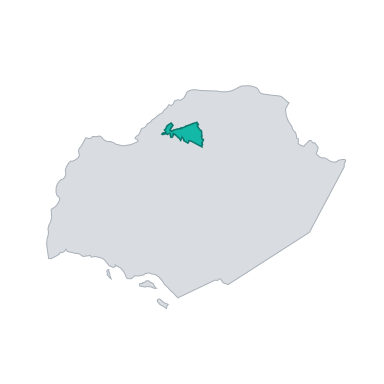 Songwe, Mbeya, United Republic of Tanzania (highlighted), rotated 118°
{"feature_id": "72390352B69788666323478", "entity_name": "Songwe", "entity_type": "district", "adm_level": 2, "iso_a3": "TZA", "parent_name": "United Republic of Tanzania", "parent_adm1": "Mbeya", "projection": "albers", "projection_center": [32.779, -7.825], "detail": "fine", "context": "in_parent", "style": "filled", "palette": "teal", "viewbox_px": 384, "rotation_deg": 118, "n_neighbors": 0, "source": "geoboundaries", "source_scale": "gbopen_adm2", "svg_char_len": 8518}
<svg xmlns="http://www.w3.org/2000/svg" viewBox="0 0 384 384"><g transform="rotate(118 192 192)"><path d="M148.0,261.5L144.3,259.5L141.0,258.3L138.3,257.0L137.0,255.7L134.5,255.2L132.2,255.0L130.2,253.8L125.9,253.4L125.5,252.6L125.4,250.8L124.6,250.4L123.1,249.9L121.4,250.0L120.4,250.2L119.8,250.1L118.5,249.1L117.2,247.7L116.7,245.6L114.7,244.3L112.5,243.2L106.3,243.3L105.3,243.0L103.8,242.0L102.1,240.2L100.7,238.2L99.5,235.4L98.2,231.8L91.0,217.0L90.2,214.3L88.8,211.2L86.5,207.4L84.1,204.6L80.8,202.0L77.0,199.5L75.0,197.8L71.1,190.9L70.3,187.7L69.7,184.3L69.9,182.9L72.3,178.6L72.5,177.4L72.2,175.7L71.0,172.3L69.5,168.1L66.4,160.5L65.9,158.6L65.9,157.1L67.7,149.4L67.6,148.3L74.8,148.4L80.1,144.9L84.6,139.8L85.5,137.7L87.4,134.4L89.2,132.8L89.9,131.7L90.9,128.4L93.3,126.2L95.6,124.5L95.1,123.3L95.5,122.9L96.8,122.0L99.2,121.2L99.7,119.5L99.7,117.6L99.3,116.5L99.4,115.3L99.0,114.6L97.4,114.4L94.9,113.5L92.9,113.1L91.5,112.6L91.0,112.1L90.8,111.0L91.9,108.0L90.8,106.8L93.3,101.9L93.7,101.3L94.6,101.2L96.1,100.7L97.4,100.4L98.5,100.6L99.3,100.4L100.0,99.9L100.6,98.2L101.1,95.4L100.8,93.1L99.8,91.4L99.5,88.7L99.9,85.2L99.6,82.2L98.4,79.8L97.2,78.4L95.4,77.8L92.5,74.2L91.6,72.4L91.8,71.3L92.8,70.8L94.6,71.0L96.3,70.6L97.9,69.6L99.4,69.3L100.2,69.4L172.5,69.4L256.5,116.5L256.8,117.1L257.5,121.1L257.3,122.5L256.0,124.8L255.6,126.0L255.6,126.8L255.9,127.2L257.0,127.3L257.9,127.9L258.2,128.3L258.9,130.1L259.8,130.9L291.4,154.3L292.1,154.6L291.6,156.6L289.8,161.2L289.6,163.1L288.9,165.4L288.2,166.9L286.3,173.5L284.7,175.9L282.5,181.6L282.1,186.0L283.3,189.1L283.6,192.0L286.0,194.9L288.0,195.9L289.3,197.3L291.6,200.3L292.9,203.3L297.1,204.8L298.7,208.1L298.0,210.4L296.1,212.3L294.2,215.3L292.7,219.3L292.5,225.5L293.5,224.6L295.7,226.2L295.9,230.7L293.6,236.0L292.8,238.4L292.7,240.6L294.2,246.9L296.7,250.2L296.5,251.2L295.8,252.0L300.0,257.8L299.6,262.8L301.1,266.7L301.8,270.0L302.8,272.6L303.0,274.4L301.6,276.4L304.8,276.9L306.6,278.5L307.4,280.1L309.7,280.1L310.9,281.1L312.6,282.0L316.5,284.7L317.5,286.0L318.1,287.3L307.3,295.2L303.4,297.2L300.6,298.2L297.6,298.7L294.8,299.9L292.1,301.9L288.7,302.8L284.6,302.8L280.2,304.1L273.4,308.2L269.4,305.9L266.3,305.1L262.7,305.1L260.5,305.4L259.7,305.9L259.0,307.3L258.4,309.6L256.1,311.9L251.9,314.0L248.1,314.7L244.6,314.1L242.3,313.2L241.1,312.0L239.3,311.4L236.9,311.4L234.6,312.3L232.4,314.0L228.9,314.7L224.1,314.4L221.6,313.6L221.2,312.2L219.1,310.5L215.3,308.6L212.5,308.5L210.6,310.3L209.0,311.5L207.5,311.9L206.1,312.0L204.2,311.4L198.9,311.2L193.9,311.3L193.4,308.6L192.4,307.0L191.5,306.1L189.7,305.8L189.2,305.1L188.7,303.5L187.8,302.1L186.7,300.9L186.0,299.9L185.8,298.9L186.0,297.8L187.0,295.1L187.4,293.3L187.3,291.4L186.7,289.5L185.5,287.2L185.7,286.5L185.3,284.9L185.2,283.8L185.5,282.5L185.3,280.7L184.2,276.8L184.2,275.8L183.2,274.0L179.8,269.5L179.7,269.0L174.4,264.5L172.3,263.5L171.6,264.4L171.3,265.1L171.5,266.6L171.4,267.3L171.2,267.6L169.9,267.5L169.1,267.4L167.2,266.2L165.6,265.9L161.8,266.1L160.4,266.4L159.4,266.1L157.3,264.0L154.9,263.6L152.8,263.5L149.3,261.2L148.0,261.5ZM297.9,188.7L299.5,193.6L299.3,194.5L298.1,195.0L297.4,195.0L296.7,194.3L296.1,192.6L295.2,193.0L293.6,191.0L292.1,190.9L290.7,188.5L291.3,186.5L291.0,183.0L292.8,181.2L293.8,178.2L294.8,180.3L295.0,183.5L296.5,187.3L297.9,188.7ZM306.8,159.8L306.9,160.9L306.5,162.0L306.5,165.5L306.3,167.8L305.0,170.9L303.9,172.0L303.0,171.7L302.2,171.2L301.6,170.3L302.9,164.5L302.4,160.2L304.8,160.6L306.8,159.8ZM302.1,230.0L300.8,230.3L300.4,230.0L299.6,229.0L301.0,228.2L302.3,226.7L305.2,224.4L306.6,222.6L306.4,224.4L304.7,228.3L303.3,228.5L302.1,230.0Z" fill="#d9dde1" stroke="#a8b0b8" stroke-width="1"/><path d="M128.1,220.2L128.1,220.4L128.5,220.6L128.8,221.0L129.0,221.0L129.5,221.6L129.6,221.8L129.9,222.0L130.1,222.2L130.2,222.4L130.5,222.6L130.6,222.9L131.0,223.1L131.1,223.4L131.2,223.5L131.3,223.4L131.5,223.4L131.8,223.8L132.0,224.0L132.6,224.4L132.9,224.8L133.0,224.9L133.0,225.0L133.3,225.0L133.6,225.2L133.7,225.3L133.8,225.4L133.9,225.5L134.1,225.7L134.2,225.8L134.2,226.0L134.4,226.0L134.5,226.1L134.7,226.3L134.8,226.5L135.0,226.6L135.3,226.9L135.7,227.2L135.8,227.3L136.1,227.5L136.2,227.9L136.3,227.9L136.4,228.0L136.6,228.1L136.7,228.3L136.7,228.5L136.8,228.6L137.0,228.6L137.4,228.6L137.8,228.8L138.5,229.3L138.7,229.5L139.0,229.8L139.1,230.0L139.4,230.2L139.5,230.3L139.7,230.5L140.1,230.6L140.2,230.8L140.3,230.9L140.2,231.2L140.2,231.3L140.6,231.4L140.6,231.5L140.6,231.8L140.8,232.0L141.0,232.2L141.3,232.3L141.3,232.2L141.6,232.0L141.6,231.9L141.8,232.0L142.0,232.2L141.9,232.6L142.0,232.9L142.2,233.0L142.4,233.0L142.5,233.1L142.8,233.9L142.9,234.1L143.1,234.2L143.2,234.4L143.6,234.7L143.7,235.0L143.9,235.1L144.1,235.4L144.3,235.5L144.2,235.5L144.3,235.6L144.5,235.7L144.8,236.1L145.6,237.0L145.8,237.2L146.1,237.4L146.3,237.4L146.3,237.5L146.5,237.6L147.0,237.8L147.3,237.9L147.4,238.0L147.5,238.1L147.6,238.4L147.6,238.7L147.9,238.8L148.1,238.7L148.3,238.7L148.3,238.8L148.2,238.9L148.0,239.0L148.0,239.3L148.1,239.5L147.9,239.6L148.0,239.7L148.0,239.8L147.9,239.8L147.8,240.0L147.9,240.3L147.7,240.5L147.3,240.6L147.2,240.7L146.8,240.6L146.5,240.4L146.1,240.4L146.0,240.5L145.9,240.4L145.7,240.4L145.7,240.6L145.4,240.7L145.1,240.6L144.8,240.7L144.5,240.6L144.3,240.4L144.2,240.3L143.9,240.1L143.6,240.2L143.4,240.2L143.3,240.4L143.0,240.4L142.9,240.4L142.5,240.1L142.2,240.0L141.9,240.6L141.7,240.7L141.7,240.8L141.6,241.0L141.4,241.4L141.4,241.5L141.4,242.0L141.1,242.2L141.0,242.5L140.9,242.6L140.9,242.8L141.1,242.9L141.2,243.0L141.6,243.1L142.0,243.3L143.3,244.2L143.8,244.4L144.0,244.4L144.4,244.7L144.7,244.9L145.3,244.9L145.5,245.1L145.8,245.2L146.4,245.1L146.9,245.1L147.4,244.8L148.1,244.8L148.4,244.8L149.7,245.3L150.1,245.5L150.7,244.3L150.9,244.0L151.3,243.4L151.5,243.2L151.8,243.3L151.8,243.2L152.1,243.4L152.4,243.6L152.7,244.0L153.0,244.7L153.1,245.0L153.4,245.2L153.6,245.4L154.7,245.7L155.0,245.8L155.0,245.6L155.1,245.3L154.9,245.3L154.9,245.2L154.7,245.1L154.6,244.4L154.4,244.1L154.2,244.1L154.1,243.8L153.8,243.4L153.6,243.2L153.4,243.1L153.2,242.9L153.0,242.6L152.9,242.5L152.7,241.8L152.8,240.8L152.7,240.6L152.2,240.5L152.0,240.4L151.8,240.2L151.5,239.9L151.4,239.8L150.9,239.7L150.9,239.3L151.0,239.3L151.1,239.2L151.1,238.6L151.2,238.3L151.3,238.1L151.7,237.9L152.1,237.9L152.4,237.7L152.5,237.3L152.6,237.2L153.0,237.0L153.2,236.6L153.4,236.6L153.5,236.5L153.6,236.3L153.5,236.2L153.5,235.9L153.3,235.5L153.2,235.4L152.9,235.3L152.6,235.1L152.4,235.3L152.1,235.3L151.8,235.2L151.7,235.1L151.0,235.0L150.6,235.1L150.4,235.5L150.0,235.7L149.8,235.9L149.7,235.9L149.3,236.0L149.3,235.9L149.3,235.7L149.2,235.7L149.3,235.5L149.3,235.4L149.2,235.4L149.2,235.2L149.4,235.0L149.4,234.9L149.4,234.7L149.4,234.4L149.2,234.1L149.3,234.0L149.3,233.8L149.3,233.7L149.2,233.6L149.3,233.4L149.2,233.4L149.3,233.2L149.6,232.6L149.6,232.3L149.7,232.0L149.7,231.7L149.8,231.3L149.9,230.9L150.3,230.6L150.3,230.3L150.5,229.8L150.5,229.6L150.5,229.4L150.4,229.2L150.3,228.9L150.9,228.0L151.0,227.7L151.2,227.4L151.3,227.0L151.5,226.8L151.6,226.7L151.8,226.2L150.9,226.3L150.1,226.3L149.7,226.3L149.4,226.3L148.8,226.3L148.5,226.3L148.3,226.4L148.5,226.0L148.5,225.8L148.7,225.5L148.8,225.2L149.0,225.0L149.0,224.7L149.2,224.3L149.5,224.1L149.7,223.6L150.8,223.6L150.6,223.5L150.6,223.4L150.6,220.7L150.6,219.9L150.7,219.3L150.7,219.1L150.8,218.6L150.2,218.4L149.5,218.4L149.2,218.5L148.8,218.7L148.5,218.8L148.0,218.9L147.9,217.8L147.7,217.5L147.6,217.0L147.5,216.6L147.5,215.4L147.5,214.4L147.5,214.2L147.5,213.7L147.5,209.7L147.5,204.6L147.4,204.7L147.4,204.8L147.0,205.0L146.9,205.1L146.7,205.0L146.6,204.8L146.4,204.7L146.1,204.8L145.9,204.9L145.7,204.9L145.4,205.0L145.2,205.0L145.1,205.5L144.9,205.8L144.7,205.8L144.1,205.8L144.1,206.2L144.1,206.3L143.1,206.3L142.6,206.3L141.6,206.3L140.5,206.3L140.4,206.4L140.2,207.1L140.4,207.6L140.5,207.8L140.5,208.0L140.4,208.4L140.0,208.5L139.9,208.7L139.6,209.0L139.2,209.0L138.9,209.2L138.7,209.2L138.5,209.3L138.4,209.4L138.2,209.4L138.3,209.7L138.3,209.8L138.0,209.8L137.7,209.6L137.0,210.2L136.3,210.7L135.6,211.0L134.5,211.6L134.4,211.9L134.0,212.1L133.5,212.5L133.3,214.2L133.2,214.7L132.9,215.3L132.6,215.9L131.9,216.9L131.9,217.2L131.8,217.3L131.7,217.4L131.7,217.6L131.5,217.8L131.5,218.2L131.4,218.2L131.2,218.2L130.5,218.2L130.3,218.3L130.1,218.7L129.8,218.5L129.7,218.2L129.4,218.0L129.2,218.2L129.2,218.4L129.1,218.5L129.2,218.8L129.0,219.2L129.0,219.4L128.5,219.7L128.4,220.0L128.1,220.2Z" fill="#14b8a6" stroke="#0f766e" stroke-width="1.5"/></g></svg>